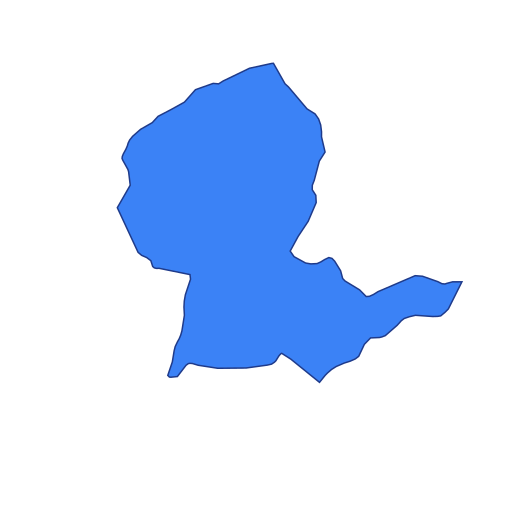 map outline of Kabul (Natural Earth projection), rotated 46°
{"feature_id": "AFG-1767", "entity_name": "Kabul", "entity_type": "Province", "adm_level": 1, "iso_a3": "AFG", "parent_name": "Afghanistan", "parent_adm1": "", "projection": "natural_earth1", "projection_center": [69.432, 34.519], "detail": "fine", "context": "isolated", "style": "filled", "palette": "blue", "viewbox_px": 512, "rotation_deg": 46, "n_neighbors": 0, "source": "natural_earth", "source_scale": "10m", "svg_char_len": 1775}
<svg xmlns="http://www.w3.org/2000/svg" viewBox="0 0 512 512"><g transform="rotate(46 256 256)"><path d="M417.6,125.8L427.7,154.4L427.8,158.9L427.4,164.7L425.6,167.3L422.3,170.9L409.4,182.5L406.2,187.9L403.9,192.8L403.5,196.4L403.9,202.6L403.1,218.3L401.7,221.6L400.5,223.7L394.5,230.5L394.8,239.4L399.5,251.8L399.0,256.1L397.0,261.5L394.3,266.9L391.2,275.1L390.1,280.5L389.8,285.9L389.9,289.1L391.0,298.1L354.4,302.6L343.9,305.1L343.6,305.9L343.6,307.3L343.8,309.1L345.2,314.6L345.2,316.6L344.6,319.9L342.3,323.7L329.7,340.9L310.2,361.5L294.4,373.5L289.2,376.4L287.3,378.1L286.4,379.4L286.0,382.2L288.1,396.3L284.0,401.5L282.9,402.4L280.6,402.4L274.1,389.8L267.3,380.7L265.0,377.0L263.1,371.9L262.2,368.8L260.6,365.1L258.4,361.3L248.9,348.7L242.7,343.3L238.6,338.9L234.8,333.7L227.2,319.2L223.5,316.4L197.5,334.3L195.8,336.2L193.9,337.4L191.8,337.6L186.3,334.9L181.2,335.7L176.1,337.8L171.5,338.3L124.9,322.2L123.2,316.3L117.7,297.3L106.9,289.1L104.7,288.0L94.6,285.3L92.8,284.6L91.5,283.0L90.4,280.5L88.8,275.4L87.4,272.0L86.0,269.6L84.8,266.3L84.2,261.6L84.7,251.0L88.0,238.0L87.5,229.4L91.5,215.9L95.6,200.6L94.3,184.0L102.1,166.9L106.2,163.3L107.3,158.0L116.4,130.3L128.4,110.9L129.5,109.6L152.3,115.5L156.9,115.2L185.6,117.1L194.9,114.8L201.0,115.8L206.6,118.4L212.2,122.6L215.8,126.1L229.2,134.1L231.7,144.5L242.0,161.5L244.2,166.3L247.4,169.5L253.9,170.8L259.4,175.6L267.3,194.4L271.2,212.1L276.2,228.0L282.9,229.1L295.5,225.2L299.8,222.0L303.9,217.3L305.3,213.4L306.2,209.2L307.7,204.7L310.5,203.0L314.4,203.0L325.4,205.4L332.4,209.3L335.9,209.3L352.4,205.0L361.7,204.9L363.8,202.4L365.3,198.2L366.4,193.0L380.7,155.2L386.2,150.3L400.8,143.0L405.1,141.5L407.4,139.5L408.2,137.8L411.1,132.6L417.6,125.8Z" fill="#3b82f6" stroke="#1e3a8a" stroke-width="1.5"/></g></svg>